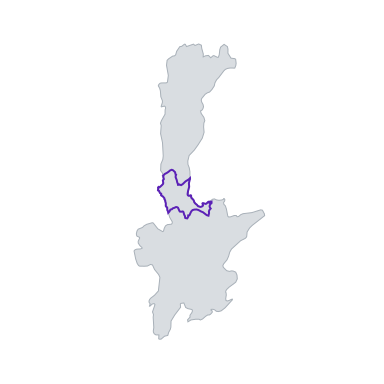 Laos, with Bolikhamxai highlighted, rotated 213°
{"feature_id": "LAO-3292", "entity_name": "Bolikhamxai", "entity_type": "Province", "adm_level": 1, "iso_a3": "LAO", "parent_name": "Laos", "parent_adm1": "", "projection": "equal_earth", "projection_center": [104.026, 18.483], "detail": "medium", "context": "in_parent", "style": "outline", "palette": "violet", "viewbox_px": 384, "rotation_deg": 213, "n_neighbors": 0, "source": "natural_earth", "source_scale": "10m", "svg_char_len": 5570}
<svg xmlns="http://www.w3.org/2000/svg" viewBox="0 0 384 384"><g transform="rotate(213 192 192)"><path d="M148.8,54.4L150.2,57.5L156.4,65.9L157.5,68.2L159.8,69.9L161.7,77.3L162.5,77.8L163.6,77.3L164.4,76.2L165.1,73.4L165.5,73.1L166.2,75.4L167.9,76.1L168.7,77.2L169.0,79.0L168.7,80.8L167.2,85.0L166.3,90.7L172.4,102.9L175.0,104.6L181.2,106.6L185.4,109.3L187.3,108.7L189.1,105.6L191.4,103.9L195.5,101.3L196.7,101.2L199.0,102.2L202.8,105.2L208.5,111.0L208.3,112.5L207.2,114.0L204.2,116.2L203.2,117.7L203.8,118.2L206.4,118.6L209.3,119.9L210.3,121.4L210.8,124.8L211.3,125.4L214.1,125.0L214.9,125.5L215.9,126.6L216.9,129.4L216.9,131.5L214.2,135.3L213.8,137.5L212.4,140.2L208.6,144.6L207.6,144.9L200.6,142.5L195.0,142.8L194.6,143.7L195.5,146.4L195.8,149.1L194.9,151.2L191.7,153.8L191.6,155.0L192.2,156.2L196.9,158.6L211.8,171.5L218.6,173.9L221.6,175.6L222.4,176.5L222.3,177.6L221.6,179.0L220.9,181.6L220.9,183.1L221.6,184.6L222.8,186.8L227.0,191.7L230.0,192.9L233.3,198.5L234.2,203.4L235.8,206.6L243.6,217.3L250.1,223.8L254.0,230.9L255.9,232.5L256.5,235.1L257.0,242.6L259.3,246.3L259.7,247.8L260.7,248.9L261.8,249.1L264.1,246.7L264.5,247.0L265.6,251.0L266.5,252.4L270.0,254.9L273.6,259.6L275.6,261.4L278.1,262.7L278.4,264.2L278.0,265.8L277.2,266.7L273.0,269.5L272.4,270.7L275.3,276.8L282.4,284.4L284.6,288.9L284.1,291.1L282.2,295.5L280.8,296.7L280.4,298.1L281.5,301.7L281.4,307.2L280.0,308.5L278.8,311.9L278.0,312.2L275.8,311.0L271.3,316.8L269.3,316.5L267.0,319.8L264.1,320.2L262.1,317.8L257.7,313.9L256.2,311.4L254.9,313.5L252.6,315.5L249.4,314.8L248.5,317.8L247.9,318.3L244.0,318.8L243.3,319.3L243.9,321.9L246.2,326.5L246.9,329.1L245.5,333.3L241.5,333.2L239.7,331.5L237.4,327.9L232.2,325.5L228.8,327.1L227.7,327.1L225.1,324.0L224.2,322.1L223.6,319.2L227.5,316.8L229.5,315.0L230.8,313.0L231.3,311.0L231.9,302.6L232.5,299.6L232.2,296.0L231.1,293.1L231.1,288.9L231.7,285.4L233.1,283.6L234.2,281.1L234.8,275.6L234.3,274.1L232.8,272.7L230.4,271.4L228.8,269.8L228.2,267.8L228.2,266.1L229.0,264.6L227.1,262.9L222.6,261.0L220.1,258.8L219.6,256.3L217.7,252.9L214.4,248.7L212.7,242.7L212.6,234.8L212.9,228.4L214.3,221.1L212.4,215.7L210.4,212.9L207.5,210.8L204.8,207.9L202.2,204.0L199.1,198.3L195.4,190.8L193.0,187.4L191.8,188.2L189.1,187.5L185.2,185.3L181.7,184.2L178.7,184.0L176.8,184.5L175.9,185.6L175.8,186.8L176.6,187.9L176.2,188.8L174.6,189.4L173.3,190.6L171.9,193.4L170.9,197.0L169.5,198.4L167.2,198.7L164.9,199.7L162.7,201.5L161.7,202.8L161.8,203.8L161.3,204.0L160.2,203.4L159.7,202.2L159.8,200.4L158.7,199.1L156.4,198.5L153.8,196.4L148.8,191.2L147.6,191.0L146.0,192.3L143.8,195.3L142.1,196.4L140.7,195.8L139.6,196.8L138.8,199.5L137.4,201.6L130.7,207.2L124.6,214.5L123.0,215.1L119.4,213.1L118.2,211.7L123.3,196.8L124.1,193.2L124.0,188.5L121.9,184.5L121.8,183.4L122.1,182.1L124.7,177.6L127.8,165.7L127.6,162.1L126.3,158.0L125.7,154.2L126.3,149.0L126.0,147.0L124.7,145.9L120.1,144.9L117.4,145.8L116.1,147.2L114.6,148.1L111.7,148.6L109.0,146.8L106.7,143.8L106.2,140.1L109.1,132.3L109.8,129.2L109.8,127.8L109.3,126.3L108.6,126.1L107.1,124.2L105.7,121.0L104.4,119.5L103.1,119.8L102.0,121.0L100.0,124.1L99.4,123.7L101.2,112.8L102.8,108.2L104.7,106.1L106.7,105.2L108.8,105.5L110.5,105.1L112.0,104.0L111.8,103.3L110.2,103.2L109.5,102.0L109.9,99.6L110.6,98.2L111.8,97.5L112.9,95.1L114.0,91.2L115.3,89.2L116.9,89.1L119.5,87.4L123.2,84.1L124.7,80.9L126.1,82.4L125.5,86.1L126.3,86.9L126.6,88.2L126.4,90.3L126.7,92.1L127.3,93.0L128.1,93.4L132.0,91.9L134.4,91.7L138.4,94.5L140.7,92.5L140.8,91.7L138.8,89.1L139.5,79.6L139.3,72.4L136.1,67.1L135.4,65.0L135.1,61.5L134.2,58.5L136.5,56.1L137.8,51.7L139.4,50.7L140.0,50.8L141.9,54.1L144.4,52.5L146.4,52.5L148.0,53.4L148.8,54.4Z" fill="#d9dde1" stroke="#a8b0b8" stroke-width="1"/><path d="M181.2,184.0L179.2,183.4L177.2,183.9L176.6,184.2L175.7,185.4L175.4,186.4L175.6,186.9L176.8,187.9L177.0,188.1L176.9,188.5L176.4,188.8L174.0,189.5L173.6,190.1L173.1,192.4L172.8,192.9L171.9,193.5L172.0,193.3L171.8,193.4L171.4,192.4L171.1,192.5L170.6,193.8L170.0,194.0L169.6,193.4L169.6,193.1L170.0,191.8L169.9,190.9L169.6,189.7L168.6,188.8L167.3,188.3L167.6,186.6L167.3,185.0L166.2,183.6L165.3,181.1L167.0,180.6L171.8,181.0L173.8,180.6L176.8,180.4L178.7,179.8L180.5,178.5L181.7,177.1L182.0,175.9L182.0,174.5L181.5,171.3L181.8,170.5L182.4,170.3L182.3,170.0L182.0,170.0L181.7,169.1L181.6,167.3L182.9,166.7L183.7,166.6L184.7,167.9L186.2,168.7L188.1,170.4L188.7,170.7L189.4,170.5L189.9,169.9L191.4,169.0L192.3,169.3L195.2,171.2L196.4,171.1L197.2,170.7L198.3,168.9L198.9,168.3L199.3,167.6L199.4,166.7L200.5,165.5L200.3,163.2L200.6,161.6L201.7,162.7L202.9,163.4L204.4,165.5L205.6,165.6L206.4,166.0L207.9,168.4L208.7,169.0L210.1,170.5L211.0,170.8L211.7,171.7L213.9,172.4L215.6,172.3L216.3,172.5L216.5,173.4L216.8,173.7L217.2,173.8L218.1,173.7L218.5,173.8L220.3,175.0L221.2,174.8L221.5,174.9L222.2,176.4L222.9,177.2L222.9,177.7L222.7,178.2L221.9,178.2L221.6,178.8L220.9,181.6L220.7,183.0L221.0,183.9L222.8,185.9L222.6,187.4L222.9,187.8L224.1,188.8L224.6,189.7L225.1,189.8L224.7,192.2L223.5,194.3L222.7,196.2L222.1,198.2L221.1,199.6L219.8,199.9L217.0,199.4L215.6,198.0L214.7,197.8L214.5,196.6L213.7,195.4L211.3,193.7L209.4,191.8L208.4,191.3L207.7,190.4L206.8,191.0L206.8,191.4L204.9,191.8L204.1,193.5L203.2,197.4L201.6,200.8L201.2,202.5L200.7,201.8L200.5,200.8L199.4,197.7L197.2,194.8L195.9,190.8L194.7,188.1L194.2,187.4L193.6,187.0L193.0,187.0L192.5,187.1L192.0,187.5L191.4,188.5L191.1,188.6L190.8,188.5L190.1,187.4L189.4,186.8L188.5,186.5L186.8,186.3L185.4,185.5L184.6,184.7L183.2,184.2L181.9,184.0L181.2,184.0Z" fill="none" stroke="#5b21b6" stroke-width="2"/></g></svg>